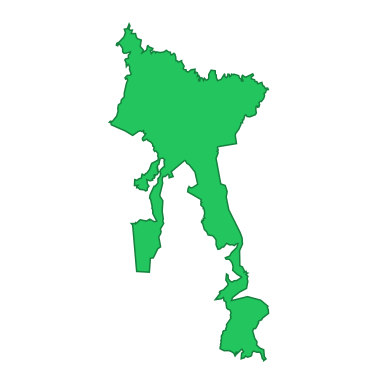 outline of Villa Sola de Vega, Oaxaca, Mexico, rotated 185°
{"feature_id": "50627088B41601938824535", "entity_name": "Villa Sola de Vega", "entity_type": "district", "adm_level": 2, "iso_a3": "MEX", "parent_name": "Mexico", "parent_adm1": "Oaxaca", "projection": "equal_earth", "projection_center": [-97.07, 16.572], "detail": "fine", "context": "isolated", "style": "filled", "palette": "green", "viewbox_px": 384, "rotation_deg": 185, "n_neighbors": 0, "source": "geoboundaries", "source_scale": "gbopen_adm2", "svg_char_len": 6086}
<svg xmlns="http://www.w3.org/2000/svg" viewBox="0 0 384 384"><g transform="rotate(185 192 192)"><path d="M160.5,313.0L161.2,312.4L162.9,312.9L163.6,310.7L164.6,310.1L165.2,312.4L166.4,312.6L167.0,309.8L167.8,308.8L169.5,310.1L169.5,312.0L170.0,312.2L172.8,306.7L176.2,305.1L177.7,308.0L178.1,310.7L179.1,311.6L179.4,314.8L183.6,315.0L185.6,310.5L185.2,306.3L187.4,304.5L189.6,306.4L190.2,304.1L191.5,306.2L192.9,306.6L193.8,305.7L194.1,303.2L194.9,303.3L195.3,304.3L194.4,306.0L194.5,307.4L195.4,308.6L196.7,307.6L196.5,309.7L197.2,311.3L199.1,311.9L199.4,310.5L199.9,310.7L199.6,314.6L203.4,313.8L206.1,311.2L208.3,311.7L208.5,313.2L210.5,313.2L211.5,314.3L210.8,316.7L213.6,320.5L213.8,322.0L216.9,320.2L217.9,321.3L219.4,321.5L220.0,325.2L221.0,327.7L222.1,328.6L224.2,326.8L225.1,326.9L225.8,329.4L227.5,329.4L229.9,330.9L232.3,329.0L236.0,328.1L239.4,328.5L240.3,327.4L241.1,328.6L242.9,328.8L244.6,326.3L245.8,329.2L244.0,330.1L243.5,331.6L247.2,332.7L248.6,334.0L249.1,333.7L249.6,329.4L253.9,326.2L252.8,329.1L256.3,332.5L255.8,339.0L259.8,340.0L261.0,341.6L262.1,344.9L266.4,344.5L265.5,348.1L267.7,347.8L269.1,348.6L268.3,352.2L269.3,353.9L270.7,349.0L273.6,348.3L272.2,345.0L273.2,340.7L277.8,334.8L279.8,333.6L280.2,331.7L278.8,331.2L277.9,333.2L277.2,333.2L273.8,329.4L273.2,325.5L272.1,324.4L269.9,324.5L265.6,326.3L265.6,325.0L267.4,322.7L267.0,319.6L269.7,318.8L270.4,317.6L268.9,315.1L268.3,311.2L266.8,313.7L265.8,312.6L265.0,311.2L264.9,308.5L262.8,304.1L263.9,303.0L266.7,302.5L268.7,299.9L267.9,298.6L266.5,299.4L265.8,297.6L266.8,294.4L268.1,284.7L267.8,280.8L270.4,277.7L270.6,274.4L272.9,272.3L273.2,268.8L272.7,266.1L273.6,261.1L277.5,255.3L279.5,255.4L280.3,254.2L278.8,254.2L278.3,251.9L263.8,247.0L256.0,243.2L250.8,247.6L249.0,248.4L246.9,247.8L245.7,248.9L245.3,246.9L244.3,245.9L243.3,246.1L243.3,245.3L246.1,241.3L245.8,239.5L244.9,238.8L241.4,240.8L240.3,239.5L237.3,238.2L235.4,236.2L235.1,234.4L233.5,233.5L234.0,230.8L232.7,229.2L231.7,229.9L229.1,227.3L229.3,224.6L228.4,223.4L228.7,220.8L234.7,216.9L236.3,210.8L238.6,206.9L240.0,206.2L240.6,204.7L243.0,205.2L243.3,206.0L243.7,201.4L245.9,200.6L247.7,198.9L250.1,199.4L249.9,193.4L246.5,193.9L247.6,192.6L247.5,191.4L246.2,191.7L244.3,190.1L239.8,189.9L238.3,189.0L236.9,189.7L236.7,192.4L235.4,194.1L237.0,195.9L238.1,200.4L234.8,199.4L232.2,200.4L232.6,201.7L230.9,202.5L230.3,203.8L231.3,204.6L230.2,205.2L230.7,205.9L228.3,206.2L227.3,208.3L227.0,209.5L228.1,209.8L227.7,210.9L228.6,211.8L228.2,212.8L228.9,213.3L228.5,215.9L227.5,216.7L226.7,222.4L224.0,223.3L221.9,221.6L222.6,220.5L221.6,214.8L222.7,214.4L225.5,211.0L225.4,208.1L224.7,207.5L225.5,204.3L227.1,202.4L226.7,198.0L229.3,194.4L230.3,194.4L233.5,185.6L233.7,182.1L232.5,180.9L230.3,173.6L230.6,172.4L229.7,171.4L229.1,167.0L224.5,159.9L227.2,159.1L230.4,160.7L231.6,160.4L231.8,161.2L234.8,159.1L241.2,159.8L245.2,155.5L245.6,156.4L246.2,155.6L249.7,155.3L248.2,153.8L240.2,108.0L227.5,108.4L227.7,122.4L224.8,123.0L221.1,132.6L218.5,134.6L221.2,144.5L219.8,147.3L219.3,149.9L220.2,151.8L220.0,153.0L217.5,158.2L218.7,160.8L218.2,162.4L220.0,170.1L220.3,180.7L223.4,184.7L223.8,186.4L222.0,198.1L222.8,201.7L222.3,204.9L220.1,205.1L217.6,207.6L216.5,207.1L216.0,204.1L212.1,205.7L214.5,210.4L202.1,222.8L201.3,222.6L199.6,220.1L197.0,218.8L190.8,212.2L187.0,200.2L191.8,196.5L193.9,196.0L195.4,197.2L196.2,194.9L196.3,191.8L182.1,185.2L182.4,183.0L181.3,182.3L182.2,181.1L182.0,179.7L179.2,177.5L179.4,176.3L178.3,175.8L177.5,171.4L178.0,168.8L176.9,167.2L178.6,166.7L178.1,164.9L179.4,164.8L178.9,163.6L179.9,163.6L180.0,162.9L178.5,161.2L176.4,155.7L173.8,153.6L172.2,150.6L167.6,150.3L164.8,147.7L163.7,145.8L163.4,141.5L161.1,137.1L159.1,137.8L156.9,140.0L155.7,139.9L153.1,143.9L150.0,142.6L147.1,143.0L145.1,142.3L143.7,144.0L141.8,144.7L142.6,140.6L147.4,135.0L148.9,131.5L153.1,129.4L152.3,128.1L148.9,128.2L147.2,126.5L145.8,124.7L144.5,121.1L144.7,117.6L139.8,113.9L135.2,111.6L135.3,111.1L139.7,107.7L142.2,107.3L144.2,105.8L146.1,106.4L148.3,108.7L148.8,112.3L150.5,113.3L150.6,107.2L148.7,104.9L148.0,103.3L148.3,102.1L152.0,97.4L155.4,95.6L156.0,94.6L155.0,93.7L159.4,86.8L153.5,88.2L151.5,89.7L150.6,86.4L148.8,85.8L147.4,79.6L145.8,78.2L143.9,77.9L142.6,75.0L143.1,72.5L142.3,71.1L142.7,70.3L142.3,69.5L146.1,62.9L145.7,61.0L146.4,59.1L146.2,57.4L148.5,56.4L149.1,55.4L149.0,53.5L150.2,51.2L149.8,47.3L150.4,46.7L149.8,45.3L150.3,42.7L149.8,41.3L150.4,40.6L150.4,38.4L146.2,36.7L141.5,37.2L139.1,36.6L136.3,35.1L134.8,32.4L134.2,33.3L135.1,34.6L134.0,35.2L134.1,36.2L133.4,36.4L133.1,34.8L128.6,39.9L126.7,37.3L128.5,35.8L128.5,30.1L125.5,31.4L124.2,33.2L122.2,32.3L119.0,33.6L118.3,34.7L118.2,37.0L117.0,38.9L113.2,38.0L110.5,38.4L108.7,36.0L107.4,32.0L106.0,31.4L105.9,30.3L103.7,32.2L105.6,34.3L106.8,41.1L110.9,42.5L114.3,45.2L114.2,48.5L116.7,51.5L119.5,58.9L118.6,61.3L117.1,61.4L116.4,62.2L114.2,67.6L114.7,68.2L114.1,69.4L111.6,70.7L110.7,72.6L105.2,77.8L105.8,81.4L106.9,83.5L106.4,84.7L114.1,90.2L127.6,92.6L143.3,87.2L142.4,90.4L135.9,96.5L129.3,100.7L128.6,107.9L129.6,110.8L128.9,112.9L131.1,114.5L129.5,116.0L130.7,116.1L131.3,117.7L133.1,116.6L133.1,118.2L135.3,121.8L137.9,122.7L139.5,137.7L137.2,144.6L138.1,150.6L140.6,155.9L153.8,177.4L157.5,190.0L157.0,195.4L159.5,201.4L164.1,202.6L171.0,227.6L169.4,233.1L169.7,234.4L170.5,234.8L169.5,236.1L170.6,238.3L170.1,239.4L151.9,244.1L153.8,251.8L153.7,253.9L150.9,258.5L149.2,263.4L149.3,265.1L147.7,265.3L148.0,268.1L146.9,268.4L146.2,272.4L145.1,273.6L143.7,272.0L140.9,271.9L135.7,274.5L134.8,276.3L135.6,279.5L135.6,283.0L134.3,283.3L134.0,282.2L132.7,282.6L132.3,285.0L133.1,286.9L131.7,288.4L130.8,288.2L128.8,291.3L128.1,294.1L128.8,296.6L127.4,297.4L126.9,300.2L124.9,300.7L125.7,302.1L128.2,301.7L129.6,303.7L130.7,304.0L132.0,307.3L136.0,305.5L137.0,307.6L138.7,307.5L139.5,309.3L142.7,309.9L142.9,311.6L141.0,313.5L141.8,315.0L148.0,311.3L149.6,311.3L151.7,312.7L152.4,311.7L152.3,310.4L150.8,307.1L151.9,306.7L152.5,307.0L152.5,308.6L154.6,309.7L155.7,312.0L160.5,313.0Z" fill="#22c55e" stroke="#15803d" stroke-width="1.5"/></g></svg>